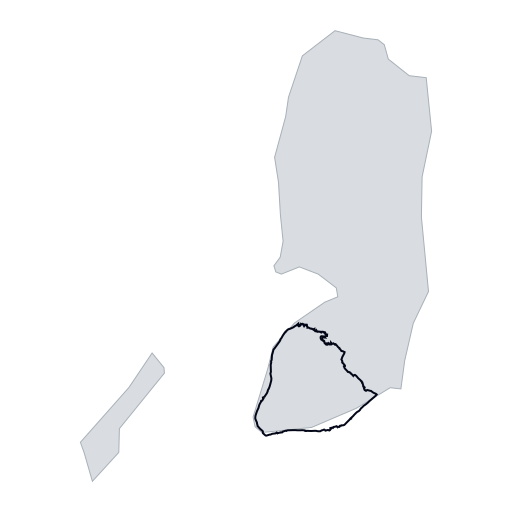 location of Hebron, West Bank, Palestine
{"feature_id": "87354302B80979559279056", "entity_name": "Hebron", "entity_type": "district", "adm_level": 2, "iso_a3": "PSE", "parent_name": "Palestine", "parent_adm1": "West Bank", "projection": "equal_earth", "projection_center": [35.111, 31.507], "detail": "fine", "context": "in_parent", "style": "outline", "palette": "ink", "viewbox_px": 512, "rotation_deg": 0, "n_neighbors": 0, "source": "geoboundaries", "source_scale": "gbopen_adm2", "svg_char_len": 6453}
<svg xmlns="http://www.w3.org/2000/svg" viewBox="0 0 512 512"><path d="M426.2,77.7L431.6,131.2L422.1,176.9L421.4,217.0L428.5,291.5L413.3,323.2L404.7,360.6L400.9,388.9L390.2,387.7L356.5,408.2L311.6,427.4L262.1,432.5L255.1,426.8L253.1,417.0L267.6,369.4L273.2,347.0L294.6,322.9L324.9,302.1L337.8,296.8L336.3,287.9L318.2,274.1L299.3,266.9L281.4,274.1L275.8,271.9L273.9,265.8L280.2,257.2L283.1,241.3L280.4,214.7L278.5,182.3L274.6,157.3L285.7,116.5L288.5,97.2L302.4,55.8L335.0,30.7L363.1,38.0L378.0,39.8L384.3,44.7L388.3,59.1L409.2,75.7L426.2,77.7ZM152.1,353.0L164.0,367.7L164.4,373.1L119.4,428.6L118.8,452.4L92.4,481.3L84.1,452.6L80.4,442.3L129.0,387.4L152.1,353.0Z" fill="#d9dde1" stroke="#a8b0b8" stroke-width="1"/><path d="M324.5,337.5L325.0,337.5L324.8,336.4L325.9,336.4L326.3,336.1L327.0,336.0L327.1,334.6L326.3,334.7L325.6,334.3L324.7,333.3L324.8,333.2L324.7,333.1L325.3,332.9L324.9,332.2L324.0,332.1L323.5,331.9L322.1,331.7L321.6,331.8L321.5,332.4L321.3,332.4L321.2,332.5L321.0,332.4L321.2,331.9L320.3,331.7L319.8,331.8L319.4,331.6L318.8,331.7L318.5,331.5L318.2,331.6L317.9,331.6L317.6,331.8L317.3,331.8L317.2,331.6L316.7,330.8L316.6,331.2L316.4,331.1L316.2,331.2L315.7,331.2L315.7,330.5L315.2,330.2L314.9,330.8L314.7,330.6L314.5,330.1L314.5,329.5L314.1,329.3L314.2,328.9L313.4,329.2L313.1,329.2L313.1,329.5L311.9,328.7L311.5,328.8L311.3,328.6L310.3,328.6L309.9,328.3L309.3,328.0L308.6,327.6L308.2,327.6L307.6,327.7L307.7,327.1L307.0,326.6L306.9,326.3L307.0,325.1L306.8,324.7L305.9,324.7L305.9,325.0L305.7,325.2L305.1,325.2L304.7,325.4L304.1,326.2L303.7,325.5L303.5,325.1L304.0,325.1L303.9,324.6L303.8,324.4L303.3,324.5L303.2,324.2L302.7,323.8L302.3,323.8L302.0,324.2L301.5,324.3L301.0,324.0L300.9,324.7L300.5,325.2L300.4,325.0L300.4,324.7L299.7,324.7L299.9,325.1L299.6,325.8L299.3,326.2L299.0,326.3L298.8,326.1L298.7,326.2L298.3,325.9L298.2,325.7L298.6,324.6L298.2,324.0L298.2,323.7L296.0,325.6L295.1,326.0L294.5,326.5L294.0,326.7L293.9,326.9L293.4,327.3L293.0,327.4L292.5,327.7L289.8,328.9L289.1,328.9L288.8,329.2L288.1,329.4L287.6,329.7L287.1,330.2L286.1,331.2L285.8,331.5L285.6,331.6L285.6,332.0L284.8,332.6L282.9,335.4L281.1,338.6L280.6,339.0L280.3,339.5L280.3,340.2L279.4,341.7L274.6,348.3L273.5,349.6L272.4,353.9L272.1,354.4L271.9,356.4L271.7,359.6L271.6,360.1L271.3,360.6L271.1,361.0L271.2,362.6L270.7,364.8L270.9,372.0L270.5,373.2L270.4,373.6L271.4,378.3L271.3,379.2L271.3,379.7L271.3,380.2L270.4,383.8L269.6,386.6L268.6,389.1L268.3,389.3L267.8,390.5L267.6,391.1L267.7,391.3L266.8,393.4L266.6,393.6L265.4,395.4L265.0,395.9L264.7,396.6L264.1,396.9L263.8,397.2L262.9,397.5L263.0,398.3L263.2,398.5L263.4,398.6L262.2,400.6L261.7,400.9L261.2,400.9L261.0,401.1L261.0,401.8L260.0,403.5L259.4,404.7L258.9,406.3L258.5,407.9L257.6,409.8L256.9,411.4L255.5,415.7L255.3,417.3L255.3,418.6L255.5,419.3L256.6,421.8L256.9,422.5L257.0,423.4L257.5,425.3L257.6,426.1L257.9,426.4L258.2,426.6L258.8,427.4L260.3,429.0L262.6,431.0L262.9,431.7L262.8,432.9L263.0,433.2L264.6,434.7L265.2,435.2L265.9,435.6L266.5,435.6L269.6,434.6L270.4,434.6L271.6,434.1L272.1,433.8L275.5,433.4L276.7,432.5L277.2,432.8L277.2,433.2L277.3,433.3L277.5,433.1L278.4,433.0L278.6,433.0L278.7,432.9L280.5,432.4L280.6,432.6L280.8,432.6L281.1,432.3L282.2,432.4L282.5,432.2L282.8,431.6L285.7,430.7L286.5,430.9L287.1,430.4L287.8,430.3L293.7,430.1L295.4,430.1L297.6,430.3L302.8,430.2L304.8,430.4L304.9,430.8L305.2,431.0L305.8,430.9L306.4,431.0L306.7,430.8L311.1,431.0L315.1,430.8L316.3,430.9L317.6,431.2L319.5,431.3L320.4,431.2L321.6,430.4L322.5,430.2L324.0,429.6L324.3,429.6L325.4,430.3L325.5,430.6L327.8,430.0L328.1,430.0L329.3,430.5L329.7,430.3L329.7,430.1L330.1,429.9L330.3,429.6L330.4,428.7L330.3,428.1L330.7,428.0L331.0,428.7L331.3,428.6L331.4,428.1L331.7,427.8L332.3,427.5L333.0,427.9L333.8,426.9L334.8,426.8L336.6,426.2L336.9,426.6L337.0,426.6L337.4,427.1L337.6,427.3L338.1,426.9L338.4,426.8L339.4,426.9L339.6,426.7L339.6,426.3L339.8,425.9L340.1,425.7L340.5,425.7L341.0,425.8L341.5,425.5L341.6,425.3L343.1,425.3L344.1,425.0L344.7,424.6L346.3,422.9L349.5,419.7L350.2,418.8L350.4,419.0L350.6,419.0L350.8,418.9L350.9,418.5L351.2,418.4L351.1,417.9L352.9,416.3L354.4,414.6L356.4,412.6L357.5,411.7L358.5,411.3L359.1,410.8L360.0,409.9L360.8,408.5L361.8,407.7L363.8,405.7L365.5,404.6L367.9,402.6L369.3,401.2L375.5,395.9L376.7,394.5L375.9,393.8L373.4,392.7L372.0,391.7L371.0,390.9L370.1,390.8L368.4,390.3L367.2,390.0L366.3,390.7L366.0,390.8L365.6,390.3L364.8,390.2L364.5,389.7L364.4,389.4L364.0,388.6L364.2,388.2L364.1,387.7L364.6,387.5L364.5,387.2L363.9,386.8L363.7,386.5L363.4,386.6L363.1,385.9L363.2,385.2L362.7,384.0L362.7,383.4L362.4,383.3L362.2,383.1L362.2,382.5L362.2,382.4L361.9,382.3L361.8,381.5L361.6,381.3L361.2,381.2L361.0,380.8L360.7,380.6L360.3,380.0L359.3,379.2L358.1,378.1L356.5,376.1L355.4,375.2L354.9,374.9L354.5,375.0L354.2,375.3L353.2,375.3L353.1,375.7L352.8,375.4L352.6,375.3L352.3,374.6L351.1,373.8L351.0,373.7L350.9,373.3L350.2,372.9L350.0,372.5L349.6,372.2L349.2,372.3L349.0,372.1L348.5,371.9L347.8,371.9L347.3,371.1L345.2,368.9L344.6,368.1L344.3,367.4L344.1,366.7L343.9,366.3L344.3,366.0L344.9,366.0L344.9,365.4L344.5,365.0L344.3,365.0L344.0,364.4L343.9,364.2L343.5,363.9L343.3,363.4L342.6,363.0L342.6,362.9L342.5,362.6L342.2,362.4L342.2,362.1L342.3,361.6L342.3,361.1L342.0,360.7L341.9,360.3L341.4,359.4L341.9,358.3L342.5,356.5L342.8,356.1L344.3,353.3L344.6,352.1L343.3,351.5L343.0,351.4L342.8,351.2L341.4,351.0L340.3,349.3L339.6,348.8L339.3,348.5L339.2,348.2L339.3,348.0L337.9,346.9L336.7,345.3L336.1,344.8L335.6,344.6L335.5,344.2L335.2,344.3L335.2,344.2L334.9,344.1L334.8,344.4L333.4,343.4L333.1,343.7L332.4,343.9L332.2,343.9L331.2,342.8L331.3,343.8L331.2,344.3L330.7,344.4L330.7,344.1L330.3,343.8L330.0,343.7L329.9,343.8L329.7,344.0L329.7,344.3L329.8,344.4L329.6,344.4L329.3,344.3L329.0,344.2L328.6,343.9L328.7,343.5L328.8,343.6L329.0,343.4L328.1,343.2L327.6,343.3L327.0,343.3L326.8,343.3L327.2,343.7L327.2,343.9L327.1,344.1L327.2,344.7L326.3,344.7L325.4,343.9L325.3,343.7L324.6,343.1L324.3,342.2L324.4,341.9L324.1,341.4L324.2,341.0L324.1,340.9L323.9,341.0L323.6,341.0L323.2,340.4L322.7,340.5L322.6,340.3L322.4,340.4L322.2,340.2L322.3,340.2L322.0,339.9L322.0,339.4L321.4,339.4L321.4,339.0L321.2,338.9L320.9,338.6L320.6,338.1L320.6,337.8L320.7,336.8L320.9,336.5L321.5,336.2L322.3,336.4L322.5,336.8L322.6,337.0L322.7,336.4L322.9,336.3L323.1,336.4L323.1,337.2L323.7,337.1L324.1,337.2L323.9,337.0L324.2,337.1L324.5,337.5Z" fill="none" stroke="#020617" stroke-width="2"/></svg>